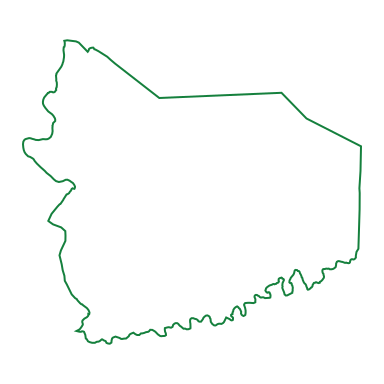 the district of Tataltepec de Valdés, Oaxaca, Mexico
{"feature_id": "50627088B54996200211421", "entity_name": "Tataltepec de Valdés", "entity_type": "district", "adm_level": 2, "iso_a3": "MEX", "parent_name": "Mexico", "parent_adm1": "Oaxaca", "projection": "robinson", "projection_center": [-97.541, 16.313], "detail": "fine", "context": "isolated", "style": "outline", "palette": "green", "viewbox_px": 384, "rotation_deg": 0, "n_neighbors": 0, "source": "geoboundaries", "source_scale": "gbopen_adm2", "svg_char_len": 5879}
<svg xmlns="http://www.w3.org/2000/svg" viewBox="0 0 384 384"><path d="M355.9,257.4L355.8,256.0L356.5,251.9L358.4,248.8L359.6,209.4L359.7,193.0L359.4,188.3L360.5,171.0L361.0,146.3L306.5,118.5L281.5,92.8L159.3,98.0L115.2,63.7L110.7,59.9L107.2,56.7L98.3,51.1L95.1,49.4L94.4,49.3L93.4,47.7L92.0,47.7L90.3,48.1L89.1,48.9L88.5,50.7L87.7,51.8L78.8,42.6L76.0,41.4L68.1,40.4L67.2,40.3L64.3,40.8L64.7,42.3L64.8,43.5L64.7,45.5L64.4,46.8L63.8,47.1L63.6,48.3L63.6,49.1L63.5,49.7L63.5,50.4L64.1,54.9L64.0,57.2L63.3,61.6L62.8,62.8L62.4,64.3L61.3,66.7L56.6,73.3L56.3,74.0L56.4,74.7L56.0,75.4L56.3,79.3L56.2,80.6L56.8,82.5L56.9,84.6L56.7,87.1L56.4,87.4L56.4,87.8L56.0,88.7L56.2,90.0L55.7,90.4L55.2,91.5L54.2,92.2L53.1,92.4L52.1,91.9L50.9,91.8L49.6,91.9L49.4,92.3L48.6,92.9L47.8,93.0L47.4,93.8L46.9,94.2L44.2,97.5L43.3,99.6L42.9,101.9L43.0,103.7L43.8,105.6L45.5,108.1L48.2,111.4L52.0,114.2L53.4,115.8L54.9,118.3L55.2,119.4L55.2,121.0L53.1,123.1L52.8,124.9L52.4,125.8L52.6,126.8L52.4,127.7L52.6,131.2L52.2,133.8L50.8,136.9L49.0,138.4L47.6,139.1L45.9,139.3L42.9,139.1L38.7,140.1L35.7,139.9L34.4,139.4L32.1,138.8L30.7,138.3L29.1,138.1L25.8,139.0L24.7,139.6L23.9,140.6L23.3,141.8L23.0,144.3L23.3,147.6L23.8,150.1L24.6,152.2L25.8,154.0L28.1,156.3L30.1,156.9L32.8,158.5L33.7,159.3L34.6,160.9L36.8,163.5L40.5,167.1L44.8,170.9L46.6,172.9L50.7,176.1L53.8,179.3L56.0,181.1L58.9,182.0L62.8,181.2L65.6,179.8L67.4,179.7L69.6,180.7L71.2,181.9L72.9,183.0L74.2,184.8L75.0,186.6L74.9,187.7L74.4,188.8L73.2,188.6L72.6,188.3L71.7,188.9L70.9,190.7L69.9,191.7L69.1,193.1L67.5,194.2L66.6,194.4L63.6,199.1L63.2,200.0L60.4,204.0L59.7,204.2L57.4,206.7L51.6,213.8L48.3,220.9L49.4,221.8L53.1,224.4L61.2,227.4L65.3,231.1L65.5,235.7L65.4,240.9L60.9,250.5L59.5,255.3L61.7,264.3L62.7,270.2L64.4,275.8L64.8,280.8L66.8,284.4L71.7,294.4L75.1,298.1L76.9,299.2L77.1,299.8L77.8,300.7L80.0,303.1L80.9,303.9L81.5,304.3L82.3,304.4L83.0,305.2L86.8,308.0L88.3,309.8L89.1,311.4L89.5,312.7L89.2,314.2L88.9,314.4L88.3,314.1L88.3,315.5L88.1,315.9L86.9,317.2L84.4,318.6L82.5,320.5L82.2,321.9L82.8,323.9L82.8,324.7L81.7,326.6L80.1,328.8L79.2,329.6L76.5,331.0L79.3,331.7L81.0,331.8L82.0,331.3L83.0,331.4L84.0,331.8L85.3,334.9L85.8,338.5L86.7,339.1L88.0,341.3L89.6,342.1L92.1,342.8L94.9,342.8L96.7,341.8L98.7,341.6L100.0,340.9L101.7,339.4L102.4,339.4L103.6,340.3L105.6,341.1L106.5,342.9L108.0,343.5L109.8,343.7L111.4,342.6L111.6,340.4L112.1,338.5L112.7,337.8L113.4,337.4L115.5,336.6L119.7,338.0L120.6,338.7L121.9,339.0L124.1,338.6L126.1,338.5L128.8,336.2L129.3,335.0L130.3,334.0L131.9,333.3L133.4,332.7L135.4,334.2L137.1,335.0L139.3,335.0L141.0,333.4L142.2,333.4L144.0,333.0L145.9,332.2L148.2,331.8L149.1,331.2L150.2,329.8L152.3,329.9L153.9,330.8L155.3,331.7L157.9,334.4L160.2,336.0L161.2,336.2L163.0,336.0L164.2,336.0L165.2,335.7L166.0,335.1L165.8,333.3L165.1,331.7L164.9,330.4L164.8,329.3L164.9,328.1L167.4,327.4L168.8,327.2L171.0,327.7L172.5,326.9L173.2,324.8L174.5,323.6L175.8,323.1L177.3,323.2L178.4,324.0L179.2,325.1L180.1,326.0L180.7,326.3L183.5,328.7L185.1,328.6L186.7,329.3L188.6,329.2L190.4,328.4L190.5,327.3L190.4,323.6L190.1,322.1L190.1,320.0L190.6,318.9L191.6,318.2L193.3,318.2L194.7,318.8L196.4,319.2L197.6,320.0L198.5,321.3L199.8,321.7L201.1,321.6L202.9,319.1L203.5,317.7L204.6,316.6L206.0,315.6L207.4,315.4L208.7,316.0L209.6,316.8L210.0,318.1L210.5,318.9L210.8,321.8L212.2,323.9L214.0,325.3L215.2,325.5L216.1,325.2L217.4,324.2L218.5,323.8L219.6,323.7L221.5,323.9L223.1,323.0L224.0,322.0L226.2,317.5L229.6,319.1L230.8,320.1L231.7,320.4L232.7,320.1L233.0,319.2L233.0,317.8L232.7,317.3L231.3,316.2L231.0,315.0L231.7,314.3L232.5,314.1L232.6,312.2L233.1,311.7L233.4,309.8L234.4,308.3L235.6,307.2L237.1,306.4L238.3,307.2L238.9,308.2L239.7,308.7L240.5,310.2L241.2,311.8L241.0,313.4L241.6,314.7L242.4,315.4L243.5,316.0L244.7,315.4L245.3,314.9L245.6,313.0L245.6,310.5L245.1,307.9L244.1,305.0L244.2,304.3L245.1,303.1L245.8,303.0L248.0,302.8L249.8,302.8L253.5,303.1L255.3,302.3L255.4,299.2L254.5,297.0L254.6,296.0L255.2,295.2L255.9,294.9L257.0,295.0L257.7,295.6L258.7,295.9L259.9,297.1L261.0,297.6L262.1,297.3L263.4,297.3L265.0,298.1L269.6,297.8L270.3,297.5L270.5,296.1L270.5,295.2L270.2,294.0L269.7,293.5L269.6,292.6L268.9,292.2L268.0,292.3L267.5,292.7L266.7,292.4L265.8,291.3L265.4,290.4L265.8,289.4L266.0,288.4L267.2,287.1L269.5,285.5L272.0,284.7L272.8,284.2L273.6,284.0L274.6,284.3L275.4,283.9L276.2,283.8L276.9,283.0L278.0,282.7L278.5,282.3L278.9,281.3L278.6,280.7L278.6,279.6L278.8,278.8L279.6,278.2L281.5,277.6L282.1,278.0L282.4,278.7L283.3,278.9L283.8,279.4L283.9,280.2L282.6,283.0L282.3,285.5L282.6,286.4L282.3,287.7L282.5,288.5L284.1,292.4L284.6,294.5L285.2,294.9L285.8,295.5L287.2,295.4L292.3,292.8L292.3,291.8L292.7,290.9L292.6,289.9L292.8,287.7L292.3,285.5L291.7,284.7L291.7,283.8L291.3,283.1L290.1,283.0L289.4,282.4L289.5,280.9L289.8,279.9L290.4,278.9L290.8,277.8L293.4,274.7L293.8,273.9L294.2,272.8L294.6,270.8L295.0,270.2L295.6,269.9L297.1,270.1L297.8,271.0L298.9,271.1L299.5,271.7L300.1,273.6L300.7,274.4L301.6,276.6L301.7,277.4L302.3,277.9L302.8,280.0L303.8,282.3L304.6,283.5L305.3,283.9L306.2,285.4L306.4,286.6L307.0,287.6L307.3,289.1L307.9,289.7L308.8,289.5L310.4,288.4L311.0,287.6L311.6,287.4L312.4,286.4L312.7,284.8L313.4,283.8L313.8,283.0L314.2,282.8L315.0,282.8L316.0,282.2L317.5,282.8L318.7,283.1L319.8,282.7L319.8,281.9L321.1,281.2L322.3,280.0L323.9,277.7L324.0,276.3L323.6,275.2L323.4,273.7L322.9,273.2L322.6,272.5L322.4,271.3L322.4,270.2L323.2,269.1L324.9,269.0L326.2,268.6L327.6,268.8L328.2,268.6L329.0,268.7L329.5,269.2L331.2,269.3L332.9,269.0L333.9,268.5L335.2,267.5L335.8,266.8L335.8,266.2L336.1,265.0L336.1,263.6L336.5,262.7L336.9,261.8L338.2,261.1L339.4,261.2L341.5,261.8L342.4,261.9L345.1,262.9L346.1,262.6L346.8,262.9L348.6,263.2L349.4,263.0L349.9,262.4L350.2,261.0L350.6,259.9L351.4,259.3L352.2,259.2L353.5,259.5L354.2,259.3L355.3,258.4L355.9,257.4Z" fill="none" stroke="#15803d" stroke-width="2"/></svg>